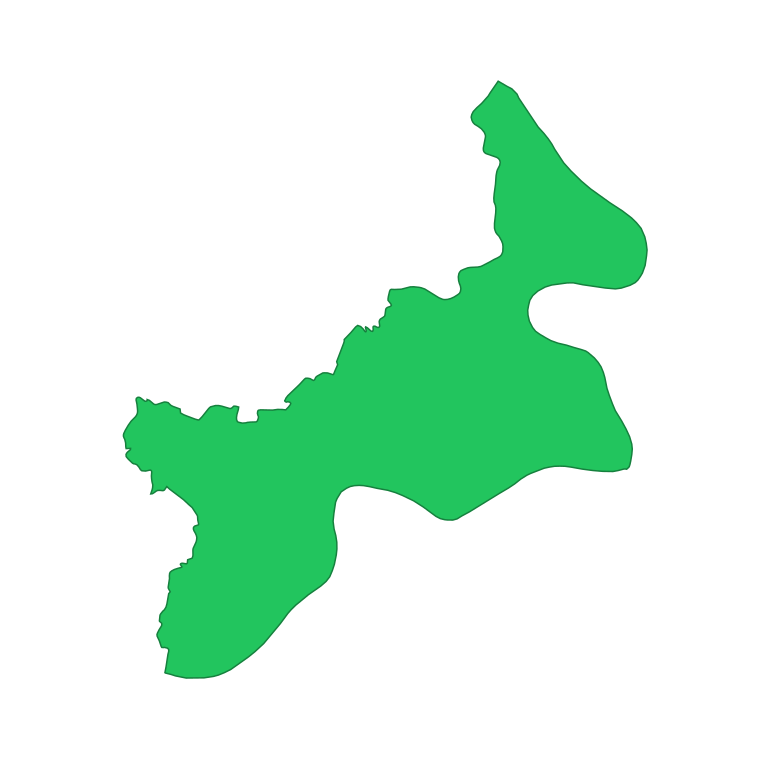 outline of Can Duoc, Long An, Vietnam, rotated 276°
{"feature_id": "81297802B37514703849012", "entity_name": "Can Duoc", "entity_type": "district", "adm_level": 2, "iso_a3": "VNM", "parent_name": "Vietnam", "parent_adm1": "Long An", "projection": "albers", "projection_center": [106.601, 10.538], "detail": "fine", "context": "isolated", "style": "filled", "palette": "green", "viewbox_px": 768, "rotation_deg": 276, "n_neighbors": 0, "source": "geoboundaries", "source_scale": "gbopen_adm2", "svg_char_len": 6149}
<svg xmlns="http://www.w3.org/2000/svg" viewBox="0 0 768 768"><g transform="rotate(276 384 384)"><path d="M73.0,235.9L75.4,245.1L77.2,249.7L80.3,255.5L84.2,261.6L98.5,277.8L104.3,283.6L113.3,291.5L134.8,305.9L145.7,312.3L149.8,315.2L154.9,319.4L166.5,330.8L176.5,342.3L181.7,347.1L186.7,350.2L193.0,352.1L199.5,353.5L209.1,354.4L215.0,354.4L221.7,353.6L228.2,351.9L234.6,349.5L242.2,347.7L250.4,347.7L261.4,348.2L265.2,349.3L272.3,352.7L276.4,357.6L278.5,361.1L279.8,365.1L280.6,369.9L280.8,374.3L280.4,380.6L279.5,388.2L278.7,398.9L277.2,406.7L275.1,414.0L270.9,425.7L265.8,435.9L257.8,449.5L256.0,454.1L255.4,458.6L255.4,461.3L255.9,466.7L257.5,470.8L261.0,475.3L265.7,482.2L286.9,509.7L293.6,518.7L298.4,524.5L303.7,529.9L308.2,535.6L310.4,539.2L317.0,552.1L318.7,557.3L320.0,562.2L320.7,567.4L321.1,572.6L320.9,578.9L320.1,589.9L319.8,600.9L320.0,610.6L320.9,620.8L322.4,625.9L324.5,631.4L324.7,632.8L324.6,634.3L325.1,634.6L326.2,635.7L327.3,636.5L329.6,637.0L333.2,637.4L339.8,637.8L345.3,637.7L350.1,636.7L357.2,633.8L364.4,629.5L372.1,624.2L381.7,616.8L388.1,613.3L396.3,609.2L403.0,606.2L413.6,602.9L418.5,600.9L423.7,598.1L427.9,594.7L431.9,590.5L436.6,583.7L437.9,581.1L438.9,576.5L440.2,568.9L441.7,561.5L442.8,552.7L444.6,545.4L446.9,539.9L449.7,533.8L452.3,529.2L455.8,525.8L461.7,522.0L467.6,520.0L472.5,519.2L477.7,519.6L482.5,520.3L487.5,522.7L492.6,527.4L497.3,534.2L500.0,540.5L503.7,555.7L504.4,561.7L503.5,571.3L502.6,594.0L502.8,604.2L504.2,610.0L507.9,618.4L511.1,623.2L513.9,625.6L517.7,627.7L521.4,629.4L529.2,631.3L539.0,631.7L544.8,631.6L551.3,630.1L557.6,628.0L565.7,623.4L570.8,618.2L575.0,612.9L581.0,603.1L587.9,589.6L599.7,568.9L606.4,559.1L615.3,547.8L622.7,539.6L635.2,529.3L640.1,525.9L644.8,521.9L649.9,516.9L655.7,510.4L682.4,488.2L686.2,486.0L690.9,480.3L692.9,475.2L697.1,465.9L684.6,459.1L681.2,457.5L673.3,451.8L668.5,447.5L664.3,444.3L661.1,443.1L658.5,442.8L655.4,443.9L653.4,445.2L651.8,447.0L650.1,450.6L648.0,454.2L644.8,457.4L642.2,458.8L640.4,459.1L629.0,458.1L626.9,458.4L625.8,458.9L624.7,459.8L623.8,461.4L621.2,472.4L620.2,474.3L618.6,475.7L616.7,476.4L613.6,476.2L608.9,474.4L606.9,474.0L602.9,473.7L594.4,474.0L584.5,473.7L580.3,473.8L576.6,474.4L573.4,476.1L570.3,476.9L565.8,477.2L555.3,477.1L550.5,477.6L548.4,478.4L546.6,479.3L545.1,480.5L542.9,483.0L538.6,486.0L535.8,487.4L533.0,488.0L528.0,488.3L525.8,487.7L524.2,487.0L523.0,486.0L521.3,483.7L519.4,480.5L516.5,476.5L511.1,468.2L510.1,465.0L509.0,457.8L508.3,455.2L506.4,451.4L504.8,448.7L503.1,447.5L501.4,446.9L498.3,446.7L494.6,447.4L492.0,448.4L489.5,449.7L486.7,450.5L483.9,450.3L482.1,449.6L480.6,448.1L477.9,444.7L476.0,441.5L474.8,438.4L474.3,435.6L474.3,433.7L475.5,429.6L482.7,414.7L483.6,410.9L483.8,408.8L483.8,403.4L483.3,399.9L480.1,391.3L479.1,384.7L478.9,381.3L478.3,380.4L476.9,379.9L471.6,379.2L469.2,379.1L467.6,379.3L464.4,382.4L463.1,383.1L462.3,382.7L461.6,381.8L460.9,380.1L460.2,379.0L459.3,378.2L458.3,377.9L453.4,377.8L451.7,377.6L450.6,376.6L448.2,373.6L446.9,372.9L445.4,372.7L441.2,373.7L440.1,373.3L439.6,372.4L439.7,371.2L440.6,368.9L440.3,367.5L439.8,367.2L438.9,367.2L437.0,367.6L435.4,367.3L435.1,367.0L435.3,365.5L438.1,361.7L438.9,359.8L438.4,359.6L435.4,360.7L434.4,360.7L434.0,360.4L434.3,359.5L436.3,357.8L438.7,354.8L439.5,351.7L437.7,349.8L431.7,345.7L424.1,339.8L422.5,340.0L420.6,339.7L401.3,334.6L398.3,335.9L392.1,333.9L388.2,332.8L388.0,332.0L389.1,326.8L388.9,323.8L388.6,322.0L384.8,316.6L383.5,315.4L381.1,314.6L380.2,313.7L380.3,312.9L381.6,309.9L381.8,307.5L381.5,305.4L380.4,304.3L374.3,299.7L362.4,289.6L359.6,287.9L358.0,287.5L357.2,287.0L356.4,287.3L355.9,288.2L355.8,288.9L356.3,290.1L356.1,292.2L355.1,293.3L353.7,293.0L351.1,291.4L348.0,289.0L348.0,285.5L347.6,280.8L346.4,276.0L345.4,264.0L344.8,261.9L344.4,261.5L343.2,261.2L341.5,261.2L339.6,261.9L338.4,262.6L336.9,262.6L334.4,262.0L333.5,261.5L332.9,260.7L332.2,255.5L331.5,252.0L330.9,250.6L330.3,247.1L330.8,243.2L331.3,242.1L333.2,241.1L335.2,240.8L338.2,240.9L343.4,241.8L345.9,241.9L346.3,239.8L346.4,237.9L346.2,236.8L344.6,235.5L343.8,234.5L343.5,233.2L345.0,225.0L345.3,221.7L345.0,218.8L343.2,214.0L342.3,213.0L341.0,212.0L332.7,206.7L329.1,203.9L328.8,203.0L329.3,199.9L331.6,191.1L332.5,188.0L333.9,184.7L337.8,183.8L339.7,176.3L340.6,174.1L342.9,171.3L343.2,169.1L343.1,167.3L339.9,160.2L339.6,158.6L339.9,157.2L343.2,152.4L343.8,150.1L343.3,150.2L342.6,150.1L342.1,149.3L341.9,148.6L342.0,147.8L344.8,143.2L345.1,142.3L345.2,141.6L345.1,140.7L344.6,140.0L343.8,139.2L342.2,139.1L338.2,140.4L334.0,141.3L331.3,141.8L329.2,141.8L327.2,141.2L325.5,140.3L320.6,136.4L316.3,134.0L310.8,131.5L307.6,130.4L306.3,130.2L304.9,130.3L303.2,131.1L301.8,132.0L298.4,133.2L294.4,133.8L292.8,134.3L293.5,138.7L292.2,138.7L289.5,136.1L288.3,135.3L287.0,134.8L284.8,135.2L282.4,137.7L279.0,142.1L278.5,143.3L278.4,144.9L277.9,146.6L275.8,148.9L273.3,150.8L272.4,152.2L272.5,156.0L274.0,160.5L273.7,161.4L273.2,161.8L272.3,162.2L268.2,162.3L265.4,162.8L262.5,163.5L259.5,164.6L256.8,164.7L254.9,164.5L250.3,163.5L250.7,165.2L252.3,167.2L253.8,168.8L254.5,170.1L254.8,172.3L254.8,175.1L254.9,175.6L255.6,176.7L259.3,178.7L256.9,182.0L248.0,196.7L243.6,202.5L241.1,206.1L234.2,211.7L233.0,212.4L229.3,213.0L225.3,214.3L224.8,214.2L224.4,213.9L222.9,210.6L222.1,209.9L221.1,209.5L219.8,209.6L218.1,210.4L216.2,211.8L214.0,213.1L211.8,213.9L209.0,213.9L207.1,213.6L200.6,211.4L199.0,211.3L194.0,211.9L192.9,211.9L190.7,211.4L188.7,207.1L185.4,207.1L184.9,206.8L184.5,206.2L184.7,202.4L184.5,201.4L184.1,200.7L183.7,200.4L183.1,200.4L181.3,202.0L180.9,202.1L180.3,201.4L179.1,198.2L177.6,194.9L176.0,192.5L174.6,191.1L173.3,190.6L170.8,190.6L168.0,191.0L159.4,190.6L158.2,190.9L155.0,193.1L153.0,191.8L142.7,191.1L139.3,190.5L136.4,189.1L135.0,187.8L132.0,185.9L130.7,185.4L124.9,185.4L124.4,185.7L123.1,187.6L122.3,188.1L120.4,188.1L116.0,186.0L112.8,184.8L111.1,184.4L109.4,184.8L105.1,187.4L99.8,189.8L98.8,190.5L98.8,192.0L99.1,193.2L98.7,196.0L98.4,196.7L97.2,197.7L95.3,197.8L92.7,197.4L79.8,196.8L74.0,196.3L73.7,196.9L72.9,202.5L71.9,207.2L70.9,218.0L73.0,235.9Z" fill="#22c55e" stroke="#15803d" stroke-width="1.5"/></g></svg>